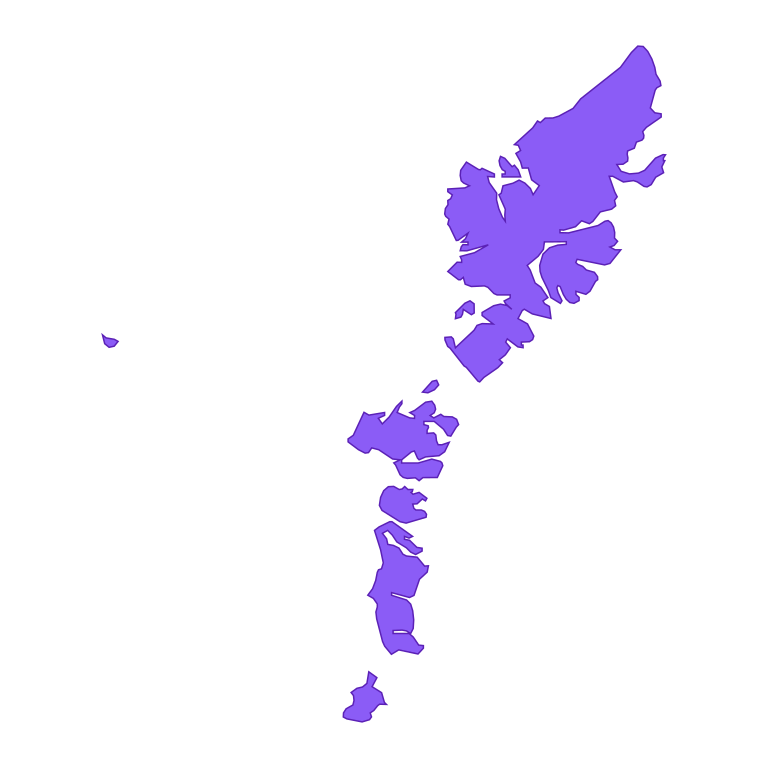 the border of Eilean Siar
{"feature_id": "GBR-2772", "entity_name": "Eilean Siar", "entity_type": "Island Area", "adm_level": 1, "iso_a3": "GBR", "parent_name": "United Kingdom", "parent_adm1": "", "projection": "orthographic", "projection_center": [-7.062, 57.727], "detail": "fine", "context": "isolated", "style": "filled", "palette": "violet", "viewbox_px": 768, "rotation_deg": 0, "n_neighbors": 0, "source": "natural_earth", "source_scale": "10m", "svg_char_len": 6127}
<svg xmlns="http://www.w3.org/2000/svg" viewBox="0 0 768 768"><path d="M483.9,377.4L479.7,381.9L478.0,381.2L466.3,367.3L464.1,366.0L450.2,348.3L447.7,346.4L445.0,340.0L444.9,337.4L451.3,336.9L453.3,338.9L455.4,347.8L474.1,330.2L477.0,325.4L482.2,323.6L493.2,324.0L482.1,315.5L482.1,312.5L493.7,305.7L500.5,304.1L507.3,305.6L511.8,309.3L505.6,303.7L504.1,301.0L510.2,297.8L510.2,294.9L497.0,294.9L493.9,293.5L487.9,287.3L484.4,285.9L471.3,286.5L465.2,284.2L463.3,277.4L460.4,279.8L458.5,279.7L447.8,271.5L457.1,262.2L461.6,262.4L461.6,259.7L460.2,256.5L474.5,252.7L488.3,244.8L466.9,250.8L460.2,250.7L461.3,246.7L463.0,244.6L468.0,244.8L468.0,242.1L461.6,242.1L465.5,238.7L468.0,233.1L458.1,240.3L456.3,240.5L449.6,226.5L447.8,224.2L449.0,219.1L445.7,216.3L444.7,214.0L445.4,208.5L448.0,204.7L447.8,200.5L450.7,198.7L452.3,194.9L447.8,191.7L447.8,189.0L464.9,187.9L469.5,185.8L463.6,183.0L461.2,180.7L460.2,175.5L460.7,170.3L466.4,162.1L478.5,169.5L480.3,169.8L482.0,168.3L494.4,174.0L494.4,177.0L487.6,176.5L489.2,182.6L496.7,193.2L496.5,199.8L498.8,208.8L502.3,217.0L505.3,221.3L504.8,215.0L505.3,209.2L498.9,194.8L501.2,193.2L503.0,185.8L513.0,183.2L519.1,180.1L524.9,183.1L530.4,188.5L533.1,194.7L539.3,185.6L531.6,179.8L528.3,168.0L522.3,168.1L520.6,161.9L515.9,153.4L520.6,150.5L518.3,145.3L514.4,144.6L532.7,127.9L537.5,121.0L540.3,122.6L545.2,118.1L552.9,118.0L558.9,116.1L573.1,108.4L580.7,98.8L620.5,67.3L631.4,52.5L637.8,46.1L643.2,46.5L647.8,51.5L651.9,59.1L654.8,67.4L656.0,74.2L660.1,81.1L660.9,85.6L656.9,87.7L655.2,90.1L650.3,108.0L654.8,112.8L661.1,113.8L661.2,117.0L646.4,127.3L642.7,131.6L643.9,135.4L643.6,138.2L642.0,140.1L636.4,142.1L634.3,148.2L627.6,151.0L627.2,154.2L627.9,157.9L627.6,161.1L623.1,164.2L616.8,164.5L621.1,171.3L629.5,173.9L638.5,173.1L644.7,170.3L655.5,158.1L663.1,154.6L665.5,154.8L663.4,158.0L663.4,160.7L664.8,160.7L661.8,166.9L663.6,172.7L655.7,177.2L651.2,184.6L647.1,186.9L644.0,186.4L637.3,181.9L633.5,180.6L623.4,182.0L612.8,176.3L609.2,176.3L614.7,191.9L617.2,196.8L614.5,200.4L615.7,205.8L611.7,209.1L600.3,211.9L592.8,221.5L589.4,223.7L581.6,220.8L575.5,226.7L563.6,230.1L560.0,229.8L560.0,232.7L568.6,232.9L598.1,225.5L605.0,221.2L608.1,220.6L611.1,222.8L613.5,227.0L614.7,232.5L614.5,238.1L617.6,241.3L614.1,245.5L609.9,247.0L615.1,249.8L620.8,249.8L610.0,263.4L604.6,264.9L577.1,259.3L575.8,262.5L577.8,264.4L582.7,266.4L586.3,270.0L594.4,272.3L597.6,276.7L597.7,279.7L595.5,281.4L590.0,291.2L585.9,294.3L575.9,291.3L576.0,294.5L579.1,297.4L579.1,300.6L574.0,303.3L569.8,302.5L566.2,299.2L563.4,294.6L560.1,286.5L557.9,285.6L556.8,287.8L558.0,292.6L562.0,300.8L560.4,303.4L550.9,297.6L548.2,290.2L541.9,277.3L540.1,271.5L539.7,265.4L543.0,254.1L549.5,247.8L557.8,245.1L566.3,244.4L566.3,241.7L544.4,241.9L543.4,249.4L538.1,256.3L527.2,265.4L530.2,270.1L535.1,283.0L540.9,287.2L547.9,297.6L543.0,300.9L544.5,303.6L549.4,306.5L551.0,318.5L532.3,313.9L524.3,309.2L522.2,310.6L518.0,318.6L527.5,323.9L533.8,336.1L532.6,339.6L529.5,341.7L521.3,342.1L521.4,345.0L523.0,345.0L523.1,347.7L517.9,346.9L507.3,338.9L505.7,342.1L510.4,347.7L505.4,354.8L499.3,359.7L502.6,362.7L497.9,367.6L483.9,377.4ZM443.8,416.5L452.3,416.9L456.6,419.3L458.6,424.6L456.3,427.1L450.8,436.1L447.6,435.5L443.5,429.2L434.2,421.4L423.9,421.4L423.9,424.6L428.2,425.8L428.5,427.5L427.1,430.2L427.1,433.4L433.7,432.9L435.8,435.0L436.5,440.8L438.1,444.7L441.8,444.8L449.2,442.3L444.7,451.7L439.1,455.7L425.6,456.9L419.1,459.8L417.5,458.1L414.4,451.0L411.4,451.9L401.7,459.8L401.6,463.0L418.3,463.0L431.8,459.1L440.4,461.4L441.9,462.8L442.8,465.7L437.3,477.5L422.9,477.6L419.1,480.7L415.4,477.8L407.3,478.4L403.2,477.4L400.1,474.8L395.6,465.0L393.8,462.9L400.2,459.8L392.6,459.0L378.7,449.7L371.7,447.9L368.5,452.6L365.1,453.1L358.5,449.7L348.1,441.9L348.1,438.9L353.3,435.3L364.0,412.3L368.9,415.1L384.6,412.5L384.6,415.4L378.3,418.3L382.3,423.9L389.2,417.0L396.5,406.4L401.9,401.1L401.9,403.7L399.4,407.0L397.1,412.5L409.7,417.9L414.5,418.4L414.6,415.5L409.8,412.6L414.7,410.4L425.6,402.2L431.8,401.2L434.7,405.2L435.6,409.2L434.2,412.8L430.1,415.5L433.8,417.9L440.8,414.3L443.8,416.5ZM417.2,557.2L424.6,566.1L428.4,565.8L427.2,572.1L419.5,579.2L414.0,595.4L409.5,597.5L391.6,592.6L391.6,595.3L406.6,600.0L410.7,604.2L412.7,610.8L413.7,619.9L413.2,628.5L410.6,633.6L406.5,630.9L402.1,630.1L393.1,630.5L393.1,633.5L409.1,633.5L413.2,637.0L418.7,645.1L423.4,645.6L423.4,648.2L418.0,654.0L398.7,649.9L391.4,654.3L384.7,646.2L382.6,641.6L376.7,618.9L375.9,612.0L377.3,607.0L377.3,604.0L373.4,598.4L367.8,595.2L372.6,588.7L375.7,580.5L377.3,572.3L378.5,569.8L381.5,568.8L383.3,562.9L380.6,549.8L374.5,530.4L379.1,526.9L389.7,521.7L392.0,521.7L412.6,536.4L409.0,538.1L404.5,536.4L404.5,539.3L409.6,540.3L416.9,547.4L422.1,548.2L422.1,551.1L415.6,554.5L410.7,552.1L406.4,547.8L396.8,541.9L392.3,535.1L387.7,530.4L382.4,533.3L386.6,538.8L387.8,544.4L393.4,545.4L399.0,548.1L402.9,554.2L406.4,556.0L417.2,557.2ZM412.8,489.5L412.3,491.6L411.0,492.4L413.0,494.2L419.1,492.4L426.9,498.3L425.5,500.9L422.3,499.0L417.1,503.8L412.7,504.1L413.9,508.4L415.9,510.0L421.3,510.0L424.6,511.4L426.5,514.3L426.1,517.2L406.1,523.1L400.0,521.7L382.0,510.4L379.4,505.4L380.6,497.4L383.7,490.7L388.3,486.7L393.7,486.4L399.2,489.5L402.1,489.0L404.7,486.5L407.9,489.5L412.8,489.5ZM381.6,692.7L384.4,702.4L386.4,704.4L379.6,704.2L377.6,705.7L373.8,710.5L370.2,712.9L371.5,716.9L369.5,719.7L362.1,721.9L346.9,718.9L343.3,717.0L343.5,712.9L346.2,708.7L352.9,705.0L354.0,700.5L353.5,695.6L351.1,692.5L356.9,688.3L362.5,687.0L366.9,683.4L368.8,671.8L376.9,677.7L372.1,686.7L381.6,692.7ZM502.1,174.0L505.2,174.0L505.2,171.3L502.3,169.7L500.0,165.6L499.1,160.8L500.5,156.4L504.8,158.3L512.1,166.7L514.4,165.2L518.2,169.9L520.7,176.9L502.1,176.9L502.1,174.0ZM463.3,309.4L462.5,314.2L460.9,317.1L455.4,318.7L456.0,314.3L455.4,312.6L464.9,303.2L470.0,300.8L474.1,303.8L474.2,313.0L471.4,314.7L463.3,309.4ZM422.5,392.1L432.2,381.3L436.6,380.3L438.7,384.9L434.5,389.7L427.9,392.8L422.5,392.1ZM102.5,334.9L106.1,337.9L114.3,339.3L118.1,341.4L114.2,346.2L109.1,347.3L104.7,343.7L102.5,334.9Z" fill="#8b5cf6" stroke="#5b21b6" stroke-width="1.5"/></svg>